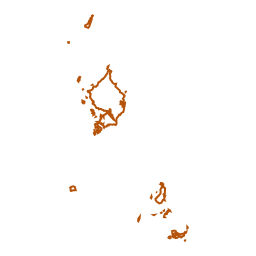 the district of Natuna, Kepulauan Riau, Indonesia
{"feature_id": "22746128B6637644559706", "entity_name": "Natuna", "entity_type": "district", "adm_level": 2, "iso_a3": "IDN", "parent_name": "Indonesia", "parent_adm1": "Kepulauan Riau", "projection": "natural_earth1", "projection_center": [108.338, 3.627], "detail": "fine", "context": "isolated", "style": "outline", "palette": "amber", "viewbox_px": 256, "rotation_deg": 0, "n_neighbors": 0, "source": "geoboundaries", "source_scale": "gbopen_adm2", "svg_char_len": 5842}
<svg xmlns="http://www.w3.org/2000/svg" viewBox="0 0 256 256"><path d="M109.4,70.0L108.3,70.5L107.2,73.6L105.5,75.6L105.5,76.3L103.5,78.3L103.3,78.9L102.3,79.1L99.8,81.8L98.6,82.2L97.3,85.6L96.3,86.1L95.9,86.8L93.8,86.6L93.0,87.3L92.9,88.5L92.3,89.5L90.5,90.5L88.9,90.7L88.0,91.9L88.4,92.3L89.7,92.2L90.1,93.6L90.6,93.8L90.3,95.5L90.5,95.9L90.0,96.5L90.2,97.6L92.4,100.6L93.4,101.0L93.7,102.4L93.1,102.4L93.2,102.7L92.6,103.1L92.7,103.8L94.9,105.2L96.4,108.0L98.3,108.1L98.8,109.3L100.9,108.8L102.1,109.8L103.3,110.0L104.0,110.9L105.2,110.6L106.2,111.1L106.9,110.9L107.2,111.3L108.3,111.1L109.7,112.4L110.0,112.0L110.3,110.3L109.3,108.6L110.5,109.7L110.6,112.1L109.7,113.0L112.3,115.1L112.0,115.4L112.4,116.6L113.2,117.5L114.1,119.9L113.1,119.2L112.7,118.0L112.0,117.9L108.1,113.4L106.8,112.9L106.4,113.6L105.7,113.7L105.5,114.4L103.6,115.1L103.6,117.1L102.9,116.0L102.3,116.1L102.3,116.6L101.6,116.3L100.9,116.7L100.7,117.2L101.2,118.7L100.5,118.8L99.7,121.3L98.9,121.8L98.6,122.8L98.8,123.1L99.6,123.1L101.7,124.4L100.9,123.3L101.2,123.1L101.6,123.4L102.1,124.7L102.8,124.7L103.1,124.4L103.0,124.9L103.4,125.2L103.5,126.5L104.1,127.7L104.8,126.7L106.7,126.5L106.9,125.7L107.9,124.9L108.5,125.3L108.6,124.7L109.0,124.9L109.8,124.4L112.8,124.7L114.0,124.3L115.7,125.0L116.5,123.8L116.4,119.3L116.8,118.0L118.4,116.3L119.2,114.6L119.7,114.5L120.3,114.8L121.5,112.9L123.3,112.0L124.1,108.7L124.0,106.8L125.2,105.7L124.5,105.9L124.3,105.5L125.0,104.0L125.0,103.0L124.2,103.5L122.5,106.1L122.4,105.4L122.9,104.5L122.5,104.4L122.6,103.7L121.6,102.4L121.2,102.4L120.9,102.9L121.3,103.4L121.3,104.3L120.4,104.2L120.8,102.6L120.6,101.9L121.3,101.8L121.2,101.4L123.5,102.1L123.9,100.1L122.9,98.7L123.8,97.4L124.1,96.3L124.5,96.2L124.6,95.5L123.1,94.4L122.4,93.4L120.0,92.3L119.9,90.6L115.4,86.5L116.0,83.8L114.8,84.1L113.2,83.3L112.2,82.2L111.6,80.8L110.5,79.8L110.1,78.3L110.3,75.7L109.8,74.4L110.1,72.9L110.5,72.9L111.3,71.3L110.8,70.9L110.0,71.2L109.4,70.0ZM164.7,187.8L162.9,187.1L161.1,188.1L160.5,189.6L160.6,193.0L160.4,193.7L158.5,195.9L157.1,197.0L156.5,198.3L155.5,198.7L155.6,200.0L156.6,201.5L159.2,203.4L161.5,202.7L162.9,199.9L164.2,199.7L164.5,199.9L164.5,200.2L164.7,200.3L164.6,199.8L164.0,199.1L164.9,196.6L164.4,196.8L163.9,196.2L164.7,194.3L163.9,194.0L164.8,193.2L165.1,188.3L164.7,187.8ZM174.8,230.6L172.2,231.0L172.3,233.3L172.5,234.3L174.2,233.8L174.7,233.3L175.1,233.5L174.9,234.2L175.2,233.6L176.0,234.2L175.9,234.7L177.0,234.9L176.2,235.4L175.9,235.2L174.8,236.4L175.0,236.8L174.8,237.3L175.6,238.1L177.3,237.8L178.4,236.9L178.3,237.3L178.7,236.8L178.5,236.1L179.5,236.7L180.3,236.6L181.1,237.4L182.1,236.4L182.3,236.6L181.6,237.3L182.5,236.4L184.1,235.6L184.1,233.3L183.8,233.7L181.8,233.8L180.7,234.4L179.4,234.0L176.4,232.7L175.8,231.2L174.8,230.6ZM91.7,17.6L90.5,18.1L90.3,19.5L89.2,20.7L88.4,23.0L87.7,24.0L85.1,25.4L85.2,26.7L88.2,27.8L89.2,26.6L91.8,19.0L91.7,17.6ZM73.4,186.3L71.3,186.8L70.2,187.7L70.6,188.1L70.6,190.4L71.0,191.0L73.1,190.3L75.7,190.2L74.9,187.1L73.4,186.3ZM99.7,127.0L98.9,127.4L98.5,129.3L97.7,129.2L97.4,129.5L96.6,131.6L96.9,132.2L97.6,132.3L97.9,131.0L98.4,130.8L99.7,131.9L100.0,131.4L99.7,130.4L101.2,129.9L101.5,128.4L99.7,127.0ZM95.7,123.9L94.9,124.4L95.6,126.3L95.4,127.6L95.6,127.8L95.7,126.9L97.9,127.3L98.3,126.2L97.3,124.4L95.7,123.9ZM91.3,109.6L90.4,110.3L91.5,110.1L91.4,110.6L92.4,111.0L92.2,111.6L92.6,112.6L92.2,113.3L93.2,113.8L93.5,113.3L94.0,113.7L93.6,114.9L94.4,114.5L94.3,113.0L93.9,113.0L93.5,112.4L93.6,112.0L94.1,111.9L93.7,111.8L93.5,110.6L92.6,109.8L91.3,109.6ZM161.0,183.0L160.9,183.8L160.5,184.1L161.2,184.4L161.9,186.1L161.8,186.9L161.2,187.1L162.9,187.0L163.4,186.2L162.9,185.0L163.3,184.2L162.7,183.6L162.5,183.9L161.9,183.1L161.0,183.0ZM84.5,101.6L82.4,100.6L82.4,102.4L83.1,103.3L83.9,103.4L84.4,102.8L84.5,101.6ZM79.6,76.9L79.0,77.5L78.9,78.5L78.3,78.7L78.0,80.0L78.3,80.3L77.8,80.9L78.2,81.3L78.2,80.8L78.8,81.0L79.7,80.0L79.5,78.8L80.2,77.1L79.6,76.9ZM167.8,210.7L167.3,211.7L166.5,212.2L166.1,213.3L164.9,214.0L164.8,214.5L165.3,214.6L166.3,213.8L166.9,213.9L167.2,212.7L168.3,211.8L168.1,211.1L168.3,210.7L167.8,210.7ZM138.3,221.3L139.5,218.7L139.7,216.8L138.4,218.6L138.1,221.1L138.3,221.3ZM95.2,131.7L94.7,131.2L94.6,132.1L93.8,133.1L94.7,134.7L95.2,134.3L95.0,133.0L95.3,132.2L95.2,131.7ZM170.1,236.3L169.2,236.7L169.7,237.6L169.6,238.0L169.1,238.1L169.4,238.3L170.5,238.2L170.8,236.6L170.1,236.3ZM151.2,198.2L151.7,197.0L151.5,196.2L150.8,197.8L151.2,198.2ZM107.7,68.3L108.4,66.2L107.6,66.7L107.7,67.6L106.6,69.5L107.7,68.3ZM92.9,15.7L92.6,15.4L92.0,15.7L91.8,17.0L92.0,17.1L92.9,15.7ZM173.1,235.7L172.8,235.9L173.2,237.3L173.7,237.4L174.0,237.0L173.7,236.8L173.7,236.3L173.3,236.5L173.1,235.7ZM187.8,227.5L187.3,226.9L187.3,228.3L187.7,228.1L187.8,227.5ZM98.6,121.8L97.2,121.9L97.6,122.2L97.5,122.8L98.2,122.7L98.1,122.2L98.6,121.8ZM98.3,132.2L97.9,132.3L97.8,133.1L98.5,132.8L99.1,133.2L98.3,132.2ZM68.9,42.1L68.2,42.1L68.2,42.7L68.8,42.9L68.9,42.1ZM186.3,231.9L185.6,232.4L185.5,233.0L186.1,232.7L186.3,231.9ZM164.0,217.1L164.7,217.1L164.1,216.5L164.0,217.1ZM100.8,114.9L100.6,115.9L101.6,115.6L101.6,115.4L100.8,114.9ZM163.0,211.5L164.0,210.8L164.0,210.7L163.0,211.5ZM185.1,240.3L184.4,240.0L184.9,240.6L185.1,240.3ZM160.2,213.4L162.5,212.2L160.6,213.1L160.2,213.4ZM94.6,130.6L94.6,130.0L94.8,129.3L94.3,130.0L94.6,130.6ZM169.4,210.1L169.7,210.8L170.2,211.0L169.9,210.4L169.4,210.1ZM87.7,98.1L86.5,97.4L86.6,97.8L87.7,98.1ZM122.9,103.2L122.4,103.1L122.7,103.7L122.9,103.2ZM93.3,84.4L92.5,84.7L92.4,84.8L92.8,84.8L93.3,84.4ZM126.0,91.5L125.7,90.9L125.7,91.8L126.0,91.5ZM83.1,89.3L82.5,88.6L82.9,89.5L83.1,89.3ZM96.2,116.6L96.4,115.9L95.9,116.7L96.2,116.6ZM87.6,91.0L87.0,91.0L87.6,91.2L87.6,91.0ZM154.4,214.9L153.6,215.0L154.0,215.2L154.4,214.9ZM156.9,192.6L156.6,192.2L156.1,192.1L156.9,192.6Z" fill="none" stroke="#b45309" stroke-width="2"/></svg>